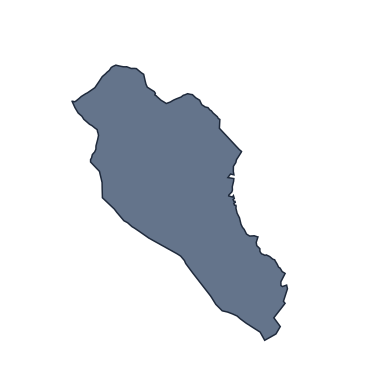 outline of Bassa, Plateau, Nigeria, rotated 305°
{"feature_id": "59680162B94726154492089", "entity_name": "Bassa", "entity_type": "district", "adm_level": 2, "iso_a3": "NGA", "parent_name": "Nigeria", "parent_adm1": "Plateau", "projection": "mercator", "projection_center": [8.83, 10.063], "detail": "fine", "context": "isolated", "style": "filled", "palette": "slate", "viewbox_px": 384, "rotation_deg": 305, "n_neighbors": 0, "source": "geoboundaries", "source_scale": "gbopen_adm2", "svg_char_len": 2785}
<svg xmlns="http://www.w3.org/2000/svg" viewBox="0 0 384 384"><g transform="rotate(305 192 192)"><path d="M132.9,216.7L133.0,219.5L131.5,225.1L129.8,227.9L126.1,239.0L117.5,266.8L116.7,268.8L113.6,276.0L112.0,284.9L114.1,290.1L115.0,293.7L115.4,295.3L116.3,300.1L116.0,302.7L115.8,304.6L115.7,308.8L115.6,311.4L116.0,321.6L116.3,328.2L112.2,336.6L123.9,342.2L132.4,341.5L135.9,331.2L154.2,332.1L154.9,329.6L167.5,325.7L170.0,322.9L166.4,320.3L166.4,318.5L169.4,316.3L178.7,315.0L178.7,314.3L178.5,311.5L180.2,307.8L180.1,306.0L181.7,303.2L183.4,299.4L183.5,299.2L183.9,298.6L183.3,296.6L183.7,292.7L183.1,289.0L181.9,288.0L181.7,286.1L181.3,284.8L181.4,283.8L182.3,281.7L184.5,280.1L185.2,275.8L187.6,273.5L193.0,271.8L192.9,271.6L191.8,268.0L190.7,266.7L189.0,264.5L188.8,260.8L191.3,256.2L191.9,254.0L192.1,253.4L193.7,250.6L195.4,248.7L197.9,245.9L198.0,245.8L200.5,241.1L203.9,237.3L205.6,236.3L206.3,235.6L205.6,234.4L206.7,232.7L208.3,233.4L209.0,232.6L208.4,231.7L209.4,229.9L210.9,230.4L212.8,228.0L211.1,228.0L209.8,224.3L210.5,223.9L215.0,224.6L216.8,224.0L219.4,222.0L224.7,219.9L227.0,218.6L224.4,213.1L228.8,213.2L230.1,216.5L232.5,214.1L236.8,211.2L238.6,211.1L238.9,211.1L241.3,211.0L244.0,209.9L246.6,209.8L249.3,209.7L251.1,209.6L252.9,209.5L253.3,209.3L253.6,209.3L253.9,206.3L259.9,177.9L267.4,173.2L267.4,172.9L267.3,171.4L268.2,169.6L268.5,166.8L268.8,164.0L269.6,161.3L269.5,159.8L269.5,159.4L270.3,156.7L269.2,154.0L269.2,152.2L269.1,150.3L269.3,149.7L269.9,148.5L271.6,145.6L271.4,142.4L271.3,141.1L272.0,136.5L271.1,134.7L270.0,132.0L267.3,130.3L266.3,129.4L263.6,128.6L259.4,125.8L257.1,124.4L255.3,123.5L253.4,122.7L249.7,120.1L249.7,118.3L249.6,116.7L249.5,115.6L249.4,113.7L249.7,111.6L250.0,109.0L250.3,107.3L250.2,105.9L251.8,105.4L252.6,103.5L252.4,99.9L252.3,97.1L252.2,95.3L253.9,92.5L255.0,91.2L256.4,89.6L260.7,84.9L260.6,82.1L261.1,76.3L261.2,75.7L260.2,73.9L258.3,71.3L257.2,66.8L255.3,64.1L254.3,62.0L253.3,59.6L252.5,57.6L252.3,56.9L249.5,55.2L247.6,54.4L245.2,54.5L244.1,54.5L241.3,53.7L239.3,53.4L239.0,53.3L238.4,53.2L237.4,52.9L235.0,52.3L232.3,52.4L229.6,52.5L221.7,52.6L213.1,49.4L211.7,48.6L206.7,46.5L204.0,45.9L199.8,44.7L198.6,44.1L198.2,43.1L198.0,42.3L197.5,41.8L194.0,47.7L191.4,53.5L190.9,58.4L189.5,61.7L189.1,65.7L188.7,69.1L189.0,72.2L188.7,75.9L188.7,78.5L187.0,80.3L186.9,80.5L186.5,81.1L184.7,83.0L181.2,84.5L174.7,86.9L172.0,88.7L169.1,89.3L165.5,88.9L162.2,90.2L160.4,90.3L158.4,91.7L157.6,95.6L156.4,101.5L155.8,104.4L153.8,106.6L148.2,112.9L142.8,116.8L142.0,117.4L137.4,120.8L135.9,121.9L134.6,130.6L133.5,138.1L132.2,142.1L129.4,152.7L129.9,156.8L129.4,161.0L129.2,162.9L129.4,165.5L129.5,170.8L129.5,177.8L129.5,183.2L130.2,190.0L132.8,215.0L132.9,216.7Z" fill="#64748b" stroke="#1e293b" stroke-width="1.5"/></g></svg>